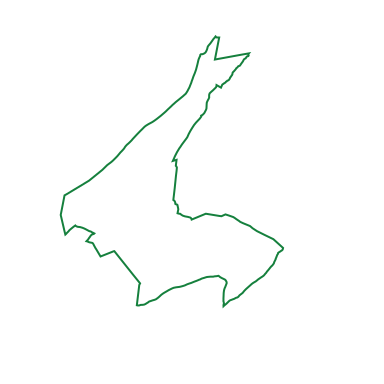 outline of Eldas, North-Eastern, Kenya, rotated 234°
{"feature_id": "3690345B40849356023427", "entity_name": "Eldas", "entity_type": "district", "adm_level": 2, "iso_a3": "KEN", "parent_name": "Kenya", "parent_adm1": "North-Eastern", "projection": "equal_earth", "projection_center": [39.451, 2.194], "detail": "fine", "context": "isolated", "style": "outline", "palette": "green", "viewbox_px": 384, "rotation_deg": 234, "n_neighbors": 0, "source": "geoboundaries", "source_scale": "gbopen_adm2", "svg_char_len": 5935}
<svg xmlns="http://www.w3.org/2000/svg" viewBox="0 0 384 384"><g transform="rotate(234 192 192)"><path d="M264.2,86.9L250.6,72.3L235.2,65.8L232.0,64.5L232.1,65.5L232.3,66.2L232.8,69.2L233.1,70.1L233.3,72.2L233.5,75.7L233.5,77.9L233.3,77.9L232.6,78.1L232.1,78.4L231.5,78.7L230.8,79.3L230.1,80.1L229.1,81.1L228.4,81.6L227.4,82.4L226.7,82.8L226.1,83.2L225.2,83.7L224.0,84.3L223.4,84.6L220.9,85.8L220.2,86.3L219.7,86.8L218.8,87.2L217.9,87.5L217.3,87.9L216.7,88.2L215.9,88.6L215.8,87.9L216.1,87.0L216.4,86.0L216.3,84.6L215.7,83.1L215.5,82.3L215.1,81.2L214.4,79.3L214.4,78.3L214.2,77.7L213.7,78.2L212.2,79.0L211.4,79.6L209.9,81.0L209.3,81.5L208.8,81.6L208.2,81.6L207.3,81.5L206.2,81.3L203.1,80.9L202.2,80.9L193.6,80.1L190.8,91.0L190.1,93.8L189.8,94.4L160.2,95.7L148.6,96.3L147.8,94.7L132.8,80.8L132.0,81.5L131.5,82.2L131.2,82.8L131.0,83.5L130.8,84.2L129.9,85.5L129.1,86.9L128.9,87.7L128.7,88.5L128.7,89.4L128.6,90.5L128.5,91.4L128.6,92.4L128.5,93.2L128.3,93.8L128.0,94.7L127.6,96.1L127.2,97.2L126.9,98.0L126.6,99.0L126.4,99.8L126.4,101.0L126.4,102.0L126.5,103.4L126.6,104.5L126.8,105.9L126.9,107.0L126.9,107.9L126.9,109.2L126.8,110.5L126.5,113.3L126.3,115.5L125.7,119.1L125.5,119.9L125.3,120.8L124.8,121.9L124.3,123.0L123.2,125.0L122.7,125.9L122.2,127.0L121.3,129.3L120.9,130.5L120.6,131.5L120.2,133.7L119.5,136.1L118.9,137.9L118.1,141.2L117.5,143.3L117.2,144.5L116.8,146.3L116.5,147.1L116.4,148.0L116.2,149.1L115.3,151.6L115.0,152.6L114.5,154.0L114.0,154.9L112.7,157.1L111.5,158.8L111.0,159.5L110.5,160.7L109.4,162.5L109.0,163.4L108.6,164.2L106.7,164.7L106.0,165.0L105.1,165.4L102.3,166.9L101.4,167.3L100.3,167.3L99.0,167.1L98.4,166.8L97.9,166.5L97.2,165.5L96.5,164.4L95.7,163.2L95.0,161.9L94.2,160.8L93.2,159.7L91.7,158.3L88.4,155.7L87.7,155.1L86.7,154.4L85.1,153.2L84.2,152.9L83.2,152.4L82.0,151.0L81.1,150.4L81.2,151.1L81.3,152.0L81.3,152.4L81.4,154.2L82.0,158.1L82.0,158.7L82.0,159.0L81.8,159.8L81.5,160.7L81.3,161.6L80.8,163.2L80.7,164.0L80.5,165.5L80.4,165.8L80.1,166.5L80.0,166.9L80.0,167.1L80.0,167.9L80.2,168.6L80.5,169.8L80.5,170.2L80.6,173.7L80.9,174.7L81.1,175.5L81.3,176.2L81.7,178.6L82.0,181.5L82.1,182.5L82.2,183.6L82.4,185.4L82.5,186.3L82.5,187.9L82.4,189.3L82.2,191.1L82.3,193.0L82.4,193.9L82.3,198.0L82.2,199.3L82.2,199.6L82.2,200.5L82.3,201.4L82.5,202.1L82.8,203.2L83.0,204.2L83.0,204.5L83.6,205.9L83.8,207.0L84.3,208.9L84.6,210.0L84.8,210.6L85.1,211.9L85.3,212.8L85.3,213.4L85.3,213.6L86.0,215.9L86.1,216.2L86.8,217.1L87.3,217.9L87.6,218.6L88.1,219.5L88.3,220.0L89.0,220.7L89.2,221.2L89.6,221.9L89.8,222.1L90.1,222.5L90.4,223.1L90.9,223.8L91.1,224.2L91.4,225.1L91.9,225.7L92.1,225.9L92.1,227.2L92.0,228.3L92.0,229.7L91.9,230.4L92.0,231.0L92.1,231.4L92.5,232.0L93.2,232.8L106.0,230.1L114.6,225.5L122.1,221.6L127.1,219.7L129.3,219.2L130.4,218.9L132.5,217.6L136.7,215.0L139.6,213.4L140.5,213.2L144.3,211.8L145.6,211.4L147.4,210.7L151.3,208.0L154.2,205.9L155.1,201.6L156.7,199.9L166.3,190.4L166.5,189.6L169.9,175.5L170.7,175.8L171.7,175.8L172.3,175.6L174.2,174.1L176.4,172.0L178.2,170.7L179.8,170.0L181.2,169.7L181.9,168.9L183.3,167.8L186.1,170.8L190.1,172.6L190.6,172.5L191.2,172.0L191.6,171.8L191.9,171.6L192.1,171.5L192.4,171.6L192.6,171.9L193.0,172.1L193.8,172.4L194.8,172.6L195.6,172.5L196.5,172.2L205.3,180.3L214.8,188.8L217.7,191.5L219.7,193.3L220.8,194.2L222.0,194.4L222.7,194.3L227.1,198.4L228.4,194.8L230.1,197.8L230.8,198.9L233.0,203.2L234.8,207.4L235.3,209.0L236.0,210.8L236.5,212.2L238.6,219.0L239.1,220.4L241.0,223.7L241.6,225.0L242.2,226.2L243.6,229.5L245.0,233.1L245.8,236.1L246.8,241.4L247.6,243.9L248.1,244.2L248.4,244.3L248.2,245.8L248.4,247.3L248.7,248.5L249.4,249.9L250.2,251.5L250.7,252.3L251.2,252.9L254.7,255.7L255.7,256.6L256.9,258.7L257.5,260.1L258.4,261.5L259.5,262.2L260.6,263.1L261.4,264.2L261.6,265.2L261.8,267.0L261.9,268.2L262.1,269.7L262.5,272.4L262.7,273.2L263.3,274.0L264.1,274.7L259.4,276.8L260.9,279.3L261.0,279.5L261.1,279.9L261.1,280.4L261.0,280.6L261.0,281.4L261.1,281.6L261.0,282.5L260.9,283.3L261.0,283.7L261.2,284.1L261.2,284.4L261.2,284.9L261.1,285.2L261.2,285.5L261.3,286.0L261.1,286.6L261.0,286.8L261.0,287.6L261.1,288.0L261.3,288.6L261.5,289.1L261.7,289.5L262.1,290.0L262.4,290.9L262.4,291.3L262.5,291.6L263.0,292.4L263.0,292.9L263.4,293.7L263.6,293.9L263.8,294.2L264.3,294.6L264.7,295.1L264.9,295.9L265.0,296.8L265.4,298.5L265.6,299.5L265.9,300.1L266.1,300.5L266.1,301.0L266.1,301.7L266.1,302.0L266.5,303.0L266.5,303.5L266.4,303.9L266.1,304.7L266.1,305.0L266.4,306.0L266.7,306.7L267.5,309.2L267.7,309.9L267.9,310.2L268.1,310.7L268.3,311.0L268.6,311.6L268.8,312.3L268.8,312.6L268.8,312.9L268.6,313.8L268.8,314.5L269.1,315.2L269.3,315.8L269.3,316.1L269.2,316.7L269.0,317.0L268.9,317.4L269.1,318.0L269.6,318.2L269.9,318.3L270.3,318.5L270.5,318.8L270.7,319.5L273.9,313.0L285.7,288.4L301.0,304.8L301.7,303.9L302.4,302.9L302.9,302.6L304.0,302.5L303.8,301.8L303.5,301.0L303.3,299.7L301.4,294.1L301.1,292.8L300.8,291.5L300.5,290.6L300.2,290.0L299.0,288.6L298.3,287.6L297.6,286.4L297.0,285.1L296.9,284.4L296.9,283.3L297.3,281.5L297.7,281.0L298.2,280.2L298.0,279.2L297.5,278.7L297.0,278.3L296.7,277.4L295.4,275.3L294.6,274.3L293.2,272.7L291.9,271.2L288.7,267.3L288.0,266.3L286.9,264.7L286.5,264.1L284.6,261.0L282.9,258.6L281.8,256.9L280.8,255.6L279.7,253.8L278.1,251.3L277.4,249.8L276.9,248.8L276.6,248.2L276.2,247.4L275.2,244.8L275.1,244.0L275.0,242.8L274.8,241.0L274.7,239.2L274.5,235.8L274.3,231.7L274.0,229.0L273.9,227.6L273.6,225.7L273.0,220.9L272.6,218.3L272.4,216.4L272.0,211.5L271.8,206.4L271.8,203.4L271.9,201.0L272.5,196.7L272.6,195.3L272.7,194.2L272.7,192.6L272.6,191.5L272.2,189.1L272.0,187.9L271.8,186.4L270.9,181.2L269.7,175.1L269.3,173.6L268.9,171.2L268.6,168.9L268.5,167.2L268.3,166.3L268.1,165.3L267.9,164.6L267.6,163.8L267.1,162.6L266.7,160.9L266.5,159.8L266.3,158.9L266.1,157.4L265.8,156.3L264.9,152.7L264.5,150.4L263.9,146.6L263.8,145.5L263.7,144.6L263.6,139.2L262.6,132.5L261.7,115.4L263.9,89.3L264.2,86.9Z" fill="none" stroke="#15803d" stroke-width="2"/></g></svg>